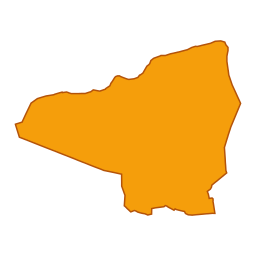 the district of Zabid, Al Hudaydah, Yemen
{"feature_id": "15242507B385493666548", "entity_name": "Zabid", "entity_type": "district", "adm_level": 2, "iso_a3": "YEM", "parent_name": "Yemen", "parent_adm1": "Al Hudaydah", "projection": "equal_earth", "projection_center": [43.361, 14.273], "detail": "fine", "context": "isolated", "style": "filled", "palette": "amber", "viewbox_px": 256, "rotation_deg": 0, "n_neighbors": 0, "source": "geoboundaries", "source_scale": "gbopen_adm2", "svg_char_len": 2717}
<svg xmlns="http://www.w3.org/2000/svg" viewBox="0 0 256 256"><path d="M15.4,124.2L15.4,124.3L18.3,133.7L19.4,137.2L40.0,145.3L50.2,149.3L63.7,154.6L75.4,159.2L78.0,160.3L80.1,161.1L80.8,161.4L94.0,166.6L101.4,169.4L103.7,170.4L112.0,172.1L114.4,172.6L121.6,174.2L121.7,183.0L121.7,186.1L125.0,195.4L124.3,205.8L124.5,205.9L126.3,207.6L127.1,208.5L129.1,210.3L130.0,211.2L130.8,211.9L134.3,210.5L135.7,210.9L137.8,212.1L140.5,212.9L142.6,213.4L145.0,213.8L147.8,215.0L149.8,214.5L151.6,214.1L151.7,208.6L155.5,207.8L161.1,207.1L164.0,206.7L165.3,205.6L166.7,206.0L168.2,207.1L168.4,207.2L171.4,208.8L172.9,209.6L174.0,210.2L175.1,208.9L176.2,209.5L180.5,210.6L184.5,211.5L185.5,213.5L188.2,214.8L192.0,215.1L192.3,215.1L196.3,214.7L198.8,214.5L205.2,213.9L206.1,213.8L208.0,213.7L212.5,213.3L214.7,213.4L214.9,213.4L213.3,203.1L213.0,201.6L213.1,200.2L213.0,198.8L212.1,198.0L209.2,198.4L209.1,197.8L208.8,196.4L208.3,194.0L208.0,193.4L207.3,191.4L210.4,189.1L211.5,187.1L211.8,185.2L212.0,185.0L214.0,183.3L215.1,182.4L215.9,181.7L216.2,181.5L216.3,181.5L219.4,178.9L226.7,172.9L225.9,170.5L225.6,165.6L225.3,161.9L225.3,161.4L225.2,159.7L225.2,159.3L224.4,147.4L224.5,147.3L224.7,146.5L225.0,145.5L225.2,144.9L227.1,138.6L227.6,137.1L228.2,135.0L229.1,132.3L229.2,131.9L229.9,129.9L230.8,127.0L240.6,103.4L239.4,100.7L238.5,98.8L238.2,98.1L237.9,97.5L236.9,95.3L235.1,91.3L235.0,91.1L232.1,84.8L229.2,76.2L229.0,75.7L228.9,75.4L228.8,75.1L228.2,70.3L228.1,70.0L226.9,61.4L226.9,61.0L226.9,57.3L226.9,56.5L226.9,56.2L227.0,55.7L227.7,52.0L228.0,50.7L228.0,49.9L228.0,49.1L228.0,47.5L228.0,47.4L225.9,44.8L225.8,44.6L224.8,42.1L220.8,40.9L217.7,41.1L215.1,41.3L210.5,43.3L209.3,43.6L207.1,44.1L206.8,44.2L204.2,44.8L202.0,45.3L200.2,45.8L197.2,46.5L195.5,46.3L191.7,47.5L188.4,49.2L187.4,49.7L181.3,51.3L180.9,51.4L180.7,51.5L178.3,52.1L178.0,52.1L176.0,52.6L173.4,53.2L170.5,53.8L167.5,54.8L165.4,55.5L163.5,55.5L160.9,55.5L160.7,55.7L159.2,56.3L153.9,58.2L153.7,58.3L152.5,59.2L152.3,59.4L150.9,60.5L149.7,63.7L148.5,65.0L147.4,65.7L146.8,66.3L142.9,73.1L141.1,74.4L139.7,75.3L139.5,75.2L137.9,77.4L134.0,78.8L129.0,79.4L128.0,79.3L126.2,78.7L123.0,77.5L120.5,76.5L119.6,75.9L117.5,75.9L115.8,76.5L114.8,77.4L112.4,81.3L110.9,83.3L109.9,85.8L105.8,88.5L105.4,89.2L104.1,89.6L103.5,89.8L103.3,89.9L100.1,91.0L99.8,91.1L98.4,90.9L94.4,90.1L93.2,89.9L92.8,90.3L90.7,91.8L90.0,92.0L89.8,92.0L85.5,93.4L85.2,93.5L81.6,93.5L81.4,93.5L78.4,93.6L71.2,93.6L68.7,92.8L68.1,92.5L66.5,92.0L66.0,92.1L62.3,92.6L62.1,92.1L58.9,93.0L57.2,93.5L54.3,94.4L54.0,94.7L46.0,96.0L40.6,97.6L37.4,98.6L31.1,103.1L31.0,103.3L25.9,113.9L25.2,115.4L22.1,122.1L19.3,123.0L15.4,124.2Z" fill="#f59e0b" stroke="#b45309" stroke-width="1.5"/></svg>